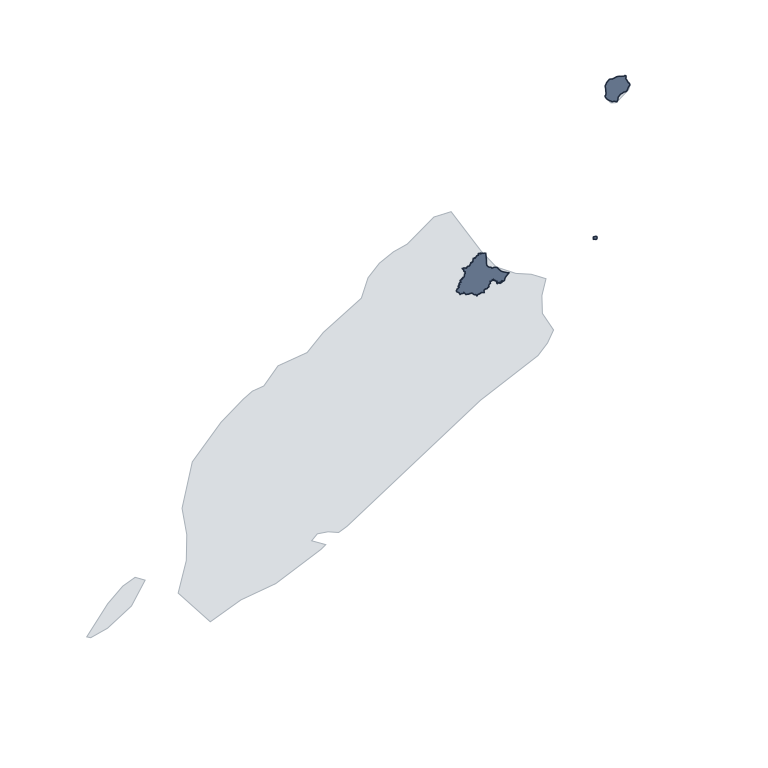 Mayagüez, Puerto Rico (highlighted), rotated 135°
{"feature_id": "32010507B39341524675779", "entity_name": "Mayagüez", "entity_type": "district", "adm_level": 2, "iso_a3": "PRI", "parent_name": "Puerto Rico", "parent_adm1": "", "projection": "mercator", "projection_center": [-67.308, 18.222], "detail": "fine", "context": "in_parent", "style": "filled", "palette": "slate", "viewbox_px": 768, "rotation_deg": 135, "n_neighbors": 0, "source": "geoboundaries", "source_scale": "gbopen_adm2", "svg_char_len": 5074}
<svg xmlns="http://www.w3.org/2000/svg" viewBox="0 0 768 768"><g transform="rotate(135 384 384)"><path d="M528.1,319.1L537.1,325.2L546.0,324.3L538.8,311.6L545.4,311.6L601.6,319.4L637.8,332.5L675.0,338.7L677.4,381.7L648.7,398.9L630.0,416.9L614.7,438.9L574.6,464.5L526.3,472.2L494.1,472.8L482.1,472.0L470.4,467.6L446.1,471.8L416.1,460.6L390.4,463.4L339.3,460.7L320.2,470.4L301.8,472.7L283.9,470.8L268.6,466.5L230.7,466.8L214.7,458.4L221.3,409.5L221.9,387.3L212.6,369.0L202.3,357.5L195.0,343.9L209.8,334.9L222.1,321.9L225.9,302.3L239.3,297.4L255.0,295.2L327.4,304.3L510.7,309.5L521.1,311.1L528.1,319.1ZM734.7,424.0L711.7,425.8L696.7,423.3L691.6,414.2L719.5,405.6L752.1,406.8L770.8,412.0L773.0,415.4L734.7,424.0ZM16.4,438.1L13.6,438.4L10.9,438.1L9.6,437.2L7.7,434.4L-0.6,429.7L-2.6,425.5L-0.7,421.0L2.7,419.2L19.7,418.7L21.4,419.2L24.8,422.3L24.9,424.5L23.2,426.6L20.3,432.0L19.0,433.4L18.0,434.8L17.6,437.2L16.4,438.1Z" fill="#d9dde1" stroke="#a8b0b8" stroke-width="1"/><path d="M225.6,409.3L225.9,408.6L226.2,408.3L227.9,409.1L228.3,409.0L229.1,408.7L230.0,408.9L230.4,408.5L231.0,408.8L231.1,409.3L232.0,409.2L232.2,409.6L233.7,408.6L233.9,408.2L234.6,407.7L234.9,408.0L235.5,407.7L235.8,407.8L236.4,407.9L236.3,408.2L237.0,408.4L237.6,407.8L237.9,407.8L238.6,407.7L239.3,407.2L239.5,407.1L239.8,407.2L240.6,407.2L241.5,408.0L242.0,407.8L242.8,408.1L243.7,407.6L244.1,408.3L244.7,408.5L245.3,409.6L246.4,409.9L246.9,410.4L247.1,410.3L247.1,409.7L246.9,408.5L247.1,408.4L247.5,407.8L247.8,407.3L247.3,406.2L247.7,406.1L247.6,405.7L248.4,404.7L249.4,404.8L249.9,404.3L250.3,403.9L250.8,403.7L251.2,403.2L252.8,403.1L253.0,403.5L253.5,403.2L253.8,403.4L254.6,402.9L254.8,402.9L255.0,403.4L255.7,403.1L256.3,403.3L256.6,403.0L256.6,403.4L257.0,403.4L257.4,402.8L257.4,402.6L257.5,401.8L257.9,402.1L258.1,401.8L258.9,402.1L259.2,402.1L259.8,401.8L260.4,401.7L260.6,401.4L260.2,400.8L261.1,400.6L261.3,400.8L261.7,400.7L262.4,400.8L262.6,400.6L262.6,400.2L262.1,400.0L262.4,399.3L263.4,399.5L264.0,399.2L264.4,399.2L265.3,399.5L265.7,399.1L266.8,398.9L267.1,398.5L267.4,397.9L266.7,396.2L266.4,395.3L266.7,394.6L266.9,393.5L265.1,393.1L264.3,392.2L263.4,392.0L262.8,392.2L262.8,389.2L262.4,389.1L261.9,388.8L261.6,388.7L261.3,388.1L260.7,387.9L260.5,387.5L259.6,387.4L259.0,387.2L258.7,386.6L257.7,386.3L257.2,385.3L257.4,384.4L257.0,383.3L256.4,382.5L255.9,382.4L255.8,381.6L256.1,380.8L255.6,380.5L255.2,380.8L254.3,380.9L253.0,380.2L252.7,380.5L251.6,379.7L250.7,380.0L250.3,379.8L249.3,378.5L248.5,377.9L248.4,377.8L247.0,379.6L246.9,379.6L246.4,379.6L245.6,379.4L245.4,379.6L244.7,379.4L244.1,378.6L243.3,378.5L242.4,378.9L241.7,378.5L241.2,378.5L240.8,378.7L240.6,379.3L240.3,379.6L238.9,380.1L237.6,379.9L236.4,381.6L235.5,380.9L234.5,380.7L233.9,381.0L233.9,380.7L233.3,380.7L233.0,380.4L232.6,380.6L232.5,379.9L233.1,379.6L232.7,378.9L232.3,378.1L232.0,378.2L231.9,377.3L232.1,377.0L231.9,376.5L231.7,376.5L232.0,376.0L232.3,376.2L232.8,375.9L232.9,375.3L232.5,375.4L232.9,375.1L232.7,374.7L231.7,374.6L231.4,374.8L231.2,374.2L230.8,374.2L231.0,373.6L230.8,373.1L230.4,373.0L230.7,373.5L230.3,373.9L230.1,373.8L230.0,372.9L229.2,372.6L228.7,372.6L228.3,373.1L228.9,373.2L228.7,373.6L228.4,373.7L228.0,373.4L227.5,373.6L227.2,373.0L227.5,372.6L227.1,372.6L226.7,372.2L225.7,372.1L225.0,372.3L224.9,372.5L224.4,372.9L222.5,373.6L221.4,373.8L217.3,374.2L217.0,374.2L217.0,374.5L218.0,375.4L218.7,376.5L220.2,378.7L220.3,378.9L221.1,380.4L221.4,381.0L221.4,382.0L221.5,382.3L221.6,383.5L221.6,383.9L221.6,385.9L221.6,386.5L223.4,388.5L223.5,388.6L224.5,389.0L225.8,389.5L225.8,390.5L225.8,391.0L226.9,392.1L227.0,392.1L227.1,392.4L227.4,393.4L227.4,394.3L227.4,395.3L227.2,395.5L226.6,396.3L226.3,396.8L225.1,398.0L224.4,398.7L224.1,399.0L222.9,400.4L222.2,401.3L221.5,402.1L221.1,402.7L220.9,402.9L220.1,403.9L219.6,404.5L220.3,405.4L221.3,406.1L221.7,406.4L222.2,407.4L223.4,407.5L223.7,407.7L223.8,408.0L223.5,408.6L224.3,408.7L224.9,409.5L225.6,409.3ZM-4.8,430.5L-5.0,431.0L-4.5,431.8L-3.9,431.7L-3.4,432.0L-3.2,432.1L-1.0,434.1L-0.2,435.0L1.0,436.0L2.3,436.8L4.1,437.3L5.1,437.5L5.9,438.0L6.4,438.0L7.0,438.2L7.3,438.7L8.0,439.2L8.4,439.6L9.2,440.1L10.0,440.0L10.7,440.0L11.2,439.9L12.2,439.9L12.7,439.7L13.5,439.7L15.0,439.0L16.0,438.7L16.5,438.6L17.5,437.7L17.8,437.0L18.9,435.6L20.2,434.2L21.0,433.0L22.0,432.1L23.1,431.4L23.8,431.4L24.1,431.4L24.6,430.4L24.9,428.5L24.8,426.9L24.4,426.0L24.3,425.1L23.5,423.7L23.3,422.5L22.7,421.9L22.0,421.7L21.1,421.0L20.2,419.4L19.7,418.9L18.6,419.3L17.1,419.9L16.4,420.7L15.7,421.1L15.3,421.3L13.8,421.4L11.9,421.7L9.6,421.0L8.2,420.9L6.5,419.8L5.7,419.6L4.4,419.7L3.0,420.3L1.2,421.1L0.6,421.2L-0.4,421.4L-1.0,421.5L-1.4,421.6L-1.6,422.0L-1.9,422.5L-2.2,423.3L-1.8,424.0L-2.0,425.2L-2.5,426.8L-2.8,427.8L-2.8,428.7L-3.1,429.3L-3.8,429.5L-4.8,430.5ZM129.3,337.8L129.3,338.0L129.9,338.8L131.0,339.4L131.4,339.7L131.6,339.8L132.0,339.9L132.4,339.7L132.7,339.1L133.4,338.7L133.6,338.2L133.0,337.7L132.5,337.1L131.9,336.3L131.0,336.1L130.0,336.6L129.3,337.6L129.3,337.8Z" fill="#64748b" stroke="#1e293b" stroke-width="1.5"/></g></svg>